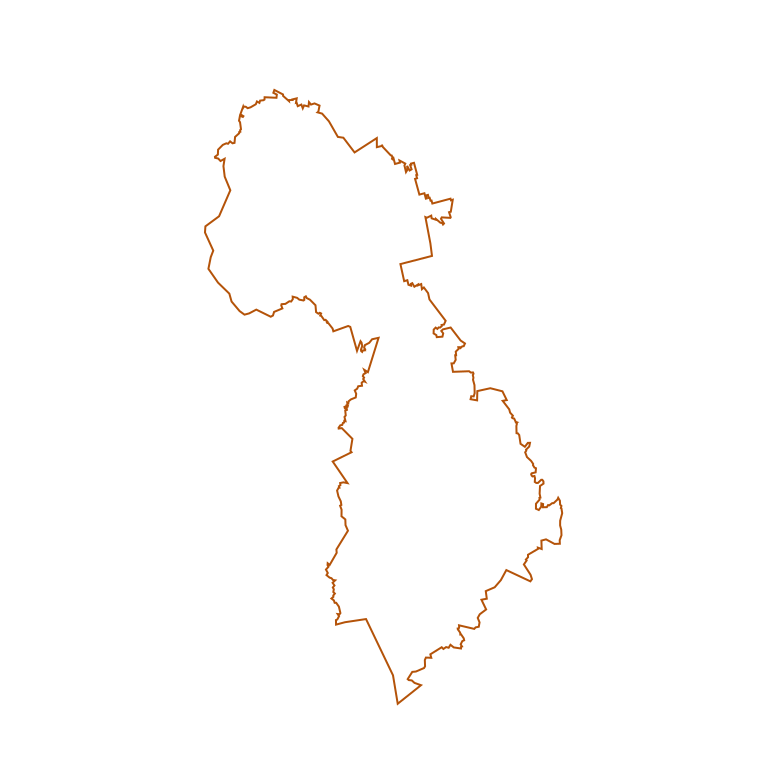 Mocorito, Sinaloa, Mexico (Equal Earth projection), rotated 165°
{"feature_id": "50627088B38309476572974", "entity_name": "Mocorito", "entity_type": "district", "adm_level": 2, "iso_a3": "MEX", "parent_name": "Mexico", "parent_adm1": "Sinaloa", "projection": "equal_earth", "projection_center": [-107.794, 25.364], "detail": "fine", "context": "isolated", "style": "outline", "palette": "amber", "viewbox_px": 768, "rotation_deg": 165, "n_neighbors": 0, "source": "geoboundaries", "source_scale": "gbopen_adm2", "svg_char_len": 6157}
<svg xmlns="http://www.w3.org/2000/svg" viewBox="0 0 768 768"><g transform="rotate(165 384 384)"><path d="M324.1,615.7L324.4,614.5L329.6,614.6L327.3,623.4L352.5,615.3L359.5,632.4L364.6,634.6L369.2,652.0L373.8,661.2L377.9,663.6L376.9,664.1L374.2,669.6L378.5,673.0L382.2,672.8L383.5,675.7L385.1,671.6L389.1,673.8L391.1,671.3L391.5,675.3L395.4,674.7L395.6,678.6L396.2,678.5L394.4,682.5L398.9,682.6L398.9,682.0L402.5,682.9L402.6,681.9L406.9,688.4L406.6,689.8L413.8,696.4L415.5,693.9L412.6,691.3L413.8,688.3L425.1,691.9L425.8,689.7L426.9,689.3L430.3,689.8L431.6,687.8L433.6,689.8L435.4,687.4L441.3,685.8L444.3,685.7L445.7,687.5L447.5,688.3L448.3,687.5L448.3,688.3L452.9,681.7L450.5,679.1L451.2,678.5L453.7,680.4L455.9,675.8L455.3,674.1L456.2,667.1L457.3,666.4L457.5,664.8L458.7,664.8L459.0,663.7L463.9,661.2L466.0,655.6L468.0,655.7L469.9,658.2L472.5,656.4L474.0,657.3L477.8,656.7L483.6,653.3L485.1,648.6L488.5,647.2L488.6,646.2L485.8,644.7L484.2,641.7L479.7,642.8L482.7,636.0L484.2,625.5L482.3,610.9L499.9,588.7L515.7,582.5L517.7,576.7L514.4,557.0L518.5,551.4L523.8,540.7L518.1,524.9L510.0,511.3L509.9,503.1L504.6,491.8L500.8,487.1L496.0,487.1L488.1,488.9L476.0,478.3L473.5,478.9L471.5,482.1L462.6,483.3L462.9,486.5L462.3,487.6L458.5,486.9L454.0,488.4L452.3,487.7L450.1,489.6L449.6,492.0L445.6,489.7L444.0,487.4L440.1,485.5L439.2,485.9L438.6,488.4L436.8,488.9L436.4,487.0L433.7,484.6L429.8,477.8L431.0,471.0L429.2,468.9L427.6,469.4L426.5,468.4L427.9,466.6L426.9,465.9L425.2,461.2L423.8,461.1L422.6,459.0L423.3,458.7L423.0,457.6L422.0,457.2L419.3,450.9L419.3,448.0L403.6,449.3L401.8,447.9L401.5,423.0L395.6,431.4L395.0,429.9L395.2,426.3L397.4,423.1L397.5,421.6L396.8,420.7L396.0,421.8L393.9,421.5L394.4,422.9L393.8,422.0L393.2,422.4L393.8,424.2L392.4,426.5L387.6,427.6L383.9,430.3L377.3,430.0L396.5,399.6L399.4,402.8L398.9,399.3L401.3,398.7L402.4,397.1L401.6,395.3L402.8,394.2L401.8,391.2L402.8,392.0L404.7,391.3L405.3,390.9L405.7,388.0L409.5,388.5L411.1,386.4L413.9,385.4L413.4,381.7L414.8,378.3L419.9,377.7L422.6,376.5L423.4,374.7L424.3,375.6L424.6,373.8L425.4,373.2L424.5,372.3L425.0,371.6L426.1,372.6L426.7,371.2L427.1,372.2L428.1,372.1L428.1,370.9L427.1,370.1L426.3,370.6L426.5,368.6L428.3,368.5L429.1,363.5L430.7,362.4L430.8,358.1L431.9,358.7L432.5,357.1L433.8,357.0L434.9,355.3L436.9,355.4L439.2,353.5L439.3,352.7L436.2,352.3L428.7,339.2L433.7,328.1L433.0,326.5L453.6,322.4L444.9,297.7L448.6,299.5L452.0,299.7L452.3,297.6L454.0,297.0L453.9,295.4L454.7,295.5L456.9,293.2L457.1,287.2L456.1,281.9L456.5,278.2L457.9,277.8L457.5,273.6L459.3,267.2L456.4,263.2L457.7,257.6L456.8,251.6L472.8,236.5L473.4,233.2L483.3,223.3L484.8,225.4L485.4,223.7L485.0,221.8L488.1,219.8L487.2,216.0L489.0,214.3L486.7,211.1L485.0,210.0L484.0,207.9L482.0,207.0L485.1,205.3L484.0,202.2L486.1,200.7L485.6,198.7L486.8,196.2L485.7,194.3L487.7,192.9L488.0,191.5L490.3,190.4L488.4,187.9L488.3,185.4L486.8,185.0L485.2,180.6L485.4,174.0L486.5,173.1L488.3,173.8L487.5,171.4L490.1,168.6L491.5,168.4L492.6,164.0L483.4,164.0L462.2,161.6L450.7,100.3L453.5,71.6L426.2,83.5L431.9,87.4L433.9,90.5L436.7,91.6L437.5,92.8L431.2,98.6L427.6,98.0L418.8,99.3L417.4,100.7L416.0,106.8L414.3,108.9L409.2,107.3L409.2,110.9L396.4,114.8L395.2,112.7L392.1,113.8L389.8,112.5L387.3,114.9L384.8,111.5L378.1,108.6L377.5,110.3L376.6,110.3L377.3,112.7L374.9,115.4L372.9,115.7L372.8,117.7L374.4,122.3L375.1,122.3L374.8,124.2L376.2,127.9L376.1,128.7L375.1,128.5L374.3,129.7L374.0,131.5L360.2,124.1L358.5,125.2L355.3,125.0L353.4,129.0L354.0,133.8L351.1,136.8L343.7,139.8L345.7,150.4L340.3,150.0L339.3,157.6L329.7,159.0L321.9,164.3L314.0,172.6L293.7,155.5L291.6,157.2L291.8,161.8L295.6,173.5L291.9,176.6L292.4,177.7L289.7,179.4L289.1,181.8L277.8,184.9L277.7,186.1L274.4,183.8L272.5,192.0L267.7,192.0L260.7,185.4L255.5,184.2L254.7,187.7L251.7,192.0L250.5,197.4L250.5,201.8L249.2,206.4L245.3,213.1L244.8,217.8L245.3,218.4L244.2,220.3L245.1,221.9L244.3,225.7L245.2,229.0L246.4,227.5L251.0,225.0L252.3,225.4L255.8,224.0L256.8,224.6L258.6,222.9L262.4,223.8L261.4,226.9L262.9,227.9L263.8,224.9L267.1,222.2L269.5,224.2L268.2,229.0L263.6,232.1L263.3,233.8L262.3,233.8L262.1,237.7L259.7,245.1L255.7,246.5L255.2,248.7L255.9,250.5L256.9,250.8L260.9,248.6L262.5,249.0L263.7,250.4L262.5,253.9L262.5,256.2L264.5,256.3L265.1,257.4L265.2,258.8L264.5,259.5L260.4,259.4L259.0,263.3L260.3,264.3L261.1,267.0L260.6,268.2L261.8,271.6L264.8,276.4L265.3,281.5L263.8,282.8L263.8,283.8L259.9,286.0L258.2,289.4L260.3,289.9L264.2,286.9L267.6,290.9L266.6,299.7L267.5,301.7L268.7,302.2L267.0,309.2L265.9,311.2L266.4,312.4L265.5,312.6L266.6,313.4L267.2,316.9L268.8,317.8L269.1,318.6L267.7,320.0L269.6,323.7L269.6,327.1L273.7,337.0L269.6,336.7L271.5,346.3L282.4,352.4L295.7,353.0L298.3,344.1L304.3,346.9L302.9,349.6L300.6,348.8L298.8,351.7L296.9,359.5L296.9,365.1L296.0,366.9L295.9,369.7L294.9,370.7L295.0,372.1L297.2,372.6L298.5,374.3L314.2,377.9L313.5,386.4L311.3,385.9L308.5,388.8L307.8,393.3L306.9,393.1L306.3,396.7L302.7,398.7L302.7,400.3L301.0,399.9L300.7,399.0L298.7,400.1L297.2,399.9L295.3,402.2L298.7,406.1L305.0,421.3L313.0,421.5L314.9,420.4L313.7,417.6L315.3,414.6L320.9,415.6L320.8,417.7L323.0,420.0L321.9,423.7L319.5,425.1L318.2,423.4L316.5,424.5L315.2,424.0L313.2,425.0L313.1,426.1L310.7,425.9L308.1,429.1L318.2,453.9L317.9,460.4L320.5,466.9L322.8,465.8L322.2,470.9L325.7,470.5L325.4,471.3L329.5,470.1L330.6,474.1L332.1,473.8L332.4,472.0L334.7,473.5L334.6,478.2L337.9,478.1L337.1,495.6L304.5,495.3L302.8,507.8L300.8,534.5L299.5,533.5L294.8,534.4L295.1,531.7L291.5,529.3L291.2,530.1L287.8,525.2L286.0,524.3L285.7,522.8L284.5,523.5L286.2,528.8L285.1,530.0L276.9,527.3L276.4,527.8L276.7,533.1L274.9,533.1L269.9,544.2L271.8,544.1L271.8,545.8L290.6,545.8L290.6,548.9L291.6,549.0L291.7,552.1L292.6,552.2L292.6,555.3L294.7,555.3L294.7,552.2L295.6,552.2L295.6,557.8L300.8,557.8L300.9,574.1L298.8,574.2L298.8,577.4L297.8,577.4L297.8,589.9L300.9,589.9L300.9,588.7L302.1,588.7L301.8,584.2L304.0,583.6L305.2,588.7L306.0,584.8L307.9,583.0L307.7,589.8L306.4,591.4L311.2,595.9L311.3,593.7L316.4,593.7L316.4,599.5L317.4,598.7L318.0,599.5L317.2,600.9L317.4,602.7L318.3,603.1L323.8,613.3L324.1,615.7Z" fill="none" stroke="#b45309" stroke-width="2"/></g></svg>